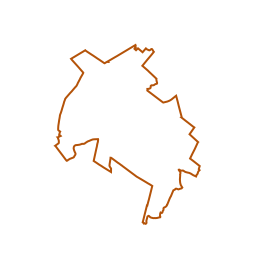 the district of Baneasa, Giurgiu, Romania, rotated 51°
{"feature_id": "2599482B8826706360299", "entity_name": "Baneasa", "entity_type": "district", "adm_level": 2, "iso_a3": "ROU", "parent_name": "Romania", "parent_adm1": "Giurgiu", "projection": "natural_earth1", "projection_center": [26.067, 44.052], "detail": "fine", "context": "isolated", "style": "outline", "palette": "amber", "viewbox_px": 256, "rotation_deg": 51, "n_neighbors": 0, "source": "geoboundaries", "source_scale": "gbopen_adm2", "svg_char_len": 5485}
<svg xmlns="http://www.w3.org/2000/svg" viewBox="0 0 256 256"><g transform="rotate(51 128 128)"><path d="M114.8,196.3L115.2,195.6L115.1,194.9L115.2,194.3L115.4,192.6L115.8,191.4L116.6,188.9L116.6,188.5L116.2,187.5L115.6,185.7L115.3,185.3L115.0,185.0L114.6,184.8L114.3,184.7L112.9,184.4L111.4,183.9L110.5,183.5L110.0,183.3L109.7,183.1L109.4,182.8L109.1,182.5L108.8,182.2L108.6,181.9L108.4,181.5L108.3,181.1L108.2,180.7L108.2,180.3L108.3,180.0L108.4,179.7L108.5,179.4L108.5,179.2L109.2,178.3L110.3,176.5L110.6,175.9L110.9,175.1L111.1,174.5L111.3,174.1L111.4,173.8L111.4,173.6L111.9,173.1L112.3,172.6L112.5,172.3L112.5,172.2L112.7,171.8L112.8,171.5L112.8,171.3L112.8,170.4L112.9,169.4L113.0,168.9L113.0,168.1L113.7,165.9L114.1,164.4L114.3,163.8L114.4,163.5L114.6,162.9L114.9,162.3L115.5,161.4L116.3,160.3L117.8,158.3L118.2,158.5L118.4,158.7L119.3,159.6L119.8,160.1L120.8,161.5L121.2,162.1L121.3,162.1L123.0,164.1L123.9,165.3L129.2,171.9L132.0,175.4L135.5,174.3L138.2,173.5L141.0,172.5L143.0,171.9L151.5,168.9L149.0,166.8L148.9,166.8L148.3,166.6L147.4,166.6L146.5,166.4L146.3,166.4L145.8,166.2L145.3,165.8L144.2,164.7L143.5,163.9L141.6,161.8L140.9,161.0L140.4,160.6L140.1,160.3L140.3,160.1L140.5,159.9L141.0,159.8L141.1,159.7L141.8,159.5L148.0,157.9L148.6,157.8L148.9,157.6L151.5,156.9L152.3,156.7L152.8,156.6L153.2,156.4L153.9,156.3L168.0,152.7L171.2,151.9L178.1,149.3L183.9,147.2L184.4,147.0L184.6,146.9L186.8,146.1L188.3,145.6L196.9,157.0L197.3,157.6L197.8,158.3L200.4,161.8L200.1,162.0L204.9,168.4L209.8,174.9L210.5,175.9L210.8,175.8L211.0,175.8L210.9,175.7L211.0,175.6L212.0,175.3L212.9,175.1L213.2,174.9L213.4,174.8L213.6,174.5L213.6,174.3L213.6,174.2L213.6,173.8L213.4,173.5L213.2,173.2L212.2,172.5L211.9,172.3L211.4,171.8L210.3,170.2L209.2,168.8L209.1,168.6L209.1,167.7L209.2,167.3L209.3,167.2L209.5,167.1L210.1,167.0L211.1,166.9L211.4,166.8L212.1,166.5L213.3,165.6L214.0,165.0L215.0,163.7L215.4,163.3L216.3,161.9L216.5,161.4L217.0,160.3L217.2,159.8L217.3,159.6L217.6,159.3L217.6,159.1L217.5,158.9L217.4,158.8L217.2,158.7L216.8,158.6L216.7,158.7L214.8,156.9L214.4,156.2L214.6,156.2L214.7,155.8L215.3,155.2L215.3,154.8L215.3,154.6L215.2,154.3L215.0,154.2L214.4,153.2L214.0,152.0L213.8,151.8L213.7,151.7L213.1,151.3L213.0,151.2L212.8,151.0L212.7,150.8L212.6,150.6L212.5,150.4L212.6,150.1L212.6,149.8L212.8,149.1L212.9,148.2L212.9,147.8L212.7,146.7L212.3,146.1L212.2,146.0L212.3,145.8L209.0,139.9L208.3,138.4L208.2,138.0L208.2,137.9L205.0,132.0L205.4,130.2L205.2,129.6L205.2,129.3L205.2,129.2L205.3,129.0L205.7,128.5L207.4,127.5L207.5,127.3L208.1,125.5L208.3,125.1L208.6,124.5L208.8,123.5L209.1,123.5L208.6,123.3L207.0,123.1L205.3,122.8L204.4,122.4L203.2,121.8L201.6,120.7L200.6,120.0L197.6,117.2L197.1,117.0L196.9,116.7L196.7,116.4L196.4,116.1L196.0,115.6L195.8,115.4L195.3,115.2L194.8,115.1L194.3,115.1L193.2,115.0L192.7,115.0L192.4,114.8L192.6,114.4L194.0,113.9L194.5,113.7L194.9,113.1L195.2,112.8L195.4,112.3L195.7,112.0L196.0,111.9L196.7,111.6L197.2,111.5L197.7,111.3L198.0,111.2L199.0,110.6L199.2,110.4L199.6,110.1L199.8,110.0L201.4,108.7L203.0,107.9L205.7,107.0L207.3,106.2L208.5,105.6L207.9,104.6L207.6,104.2L207.6,103.9L207.4,102.9L207.3,102.6L207.1,102.3L206.8,102.0L206.3,101.2L206.0,100.6L205.8,98.9L204.8,98.9L204.5,98.9L202.7,96.2L194.8,98.0L190.8,99.0L189.3,95.8L188.5,94.1L186.4,89.4L183.0,82.5L183.0,82.4L171.6,84.1L169.3,76.1L168.0,76.5L158.1,78.8L153.6,79.8L153.7,79.6L142.6,74.6L138.6,72.7L133.2,70.3L133.2,74.6L133.2,76.2L133.1,77.1L133.0,78.0L132.7,79.2L132.2,80.8L130.4,84.6L129.4,84.9L111.1,89.4L111.0,89.2L110.6,88.8L110.2,88.6L109.9,88.5L109.8,88.4L110.2,87.9L110.7,87.0L111.0,86.2L111.0,85.9L111.0,85.7L111.0,85.3L110.9,85.1L109.9,84.1L109.6,83.8L109.6,83.7L109.6,83.4L109.6,83.2L109.6,82.9L109.9,82.5L110.4,81.9L110.7,81.5L110.9,81.0L111.0,80.8L111.0,79.9L111.2,79.0L111.4,78.4L111.7,77.9L111.7,77.5L111.6,77.4L111.4,77.1L111.1,76.9L110.7,76.7L109.8,76.4L108.8,75.8L107.9,75.3L107.7,75.1L107.6,74.9L97.2,76.3L96.0,76.4L88.7,77.7L87.1,70.0L86.1,64.7L85.6,62.3L85.1,60.0L84.2,60.0L83.3,59.8L82.4,59.7L82.0,59.7L81.8,59.7L81.6,59.8L81.4,60.1L81.3,60.5L81.3,61.7L81.2,62.1L81.1,62.5L80.7,62.8L79.7,63.3L79.2,63.6L78.6,63.8L78.1,63.9L77.4,64.0L78.3,69.0L72.4,70.1L72.6,72.8L70.6,73.1L70.4,71.5L69.4,71.6L68.9,71.1L69.0,70.3L68.2,70.0L65.1,91.8L64.9,92.9L63.5,102.0L64.2,101.8L64.3,101.8L64.2,102.0L63.6,102.3L63.4,102.4L63.2,103.6L63.0,105.4L62.7,105.6L56.7,107.4L54.9,108.0L53.2,108.5L49.9,109.5L48.1,110.1L43.4,111.6L41.1,112.3L40.7,112.3L40.2,116.1L40.1,116.6L38.4,128.7L40.3,128.7L45.9,128.4L47.7,128.3L55.5,128.0L55.9,127.9L56.2,128.0L56.7,128.2L57.0,128.1L57.3,128.6L59.0,133.0L59.3,133.7L59.8,134.7L61.6,138.9L62.0,139.6L62.3,140.2L62.9,141.7L63.0,142.3L63.1,143.3L63.7,146.6L64.1,148.6L64.4,150.9L65.5,157.1L65.7,157.9L65.8,158.4L66.0,158.6L66.1,158.8L66.3,159.1L67.7,161.5L68.2,162.1L69.1,163.4L71.5,167.0L71.8,167.4L72.2,168.0L72.9,169.0L74.3,171.2L74.7,172.0L75.4,173.0L76.0,173.6L76.4,174.0L76.8,174.5L77.1,174.8L78.1,176.0L78.9,176.9L80.4,178.5L82.2,180.5L82.9,181.2L84.8,182.9L85.5,183.4L85.8,183.5L86.0,183.5L86.7,183.4L87.1,183.2L88.1,183.0L88.2,183.3L88.6,183.9L89.7,185.4L89.9,185.7L90.0,185.8L90.1,185.7L91.4,185.4L91.6,185.3L91.8,185.3L91.6,185.9L91.5,186.8L91.2,187.6L91.2,187.9L91.2,188.3L91.0,188.6L91.3,188.6L91.5,188.7L94.0,189.6L94.9,190.2L95.7,190.8L95.9,191.1L96.0,191.3L96.2,191.5L96.0,195.8L96.3,195.7L96.5,195.7L99.3,195.8L101.5,195.9L108.1,196.1L113.0,196.3L114.8,196.3Z" fill="none" stroke="#b45309" stroke-width="2"/></g></svg>